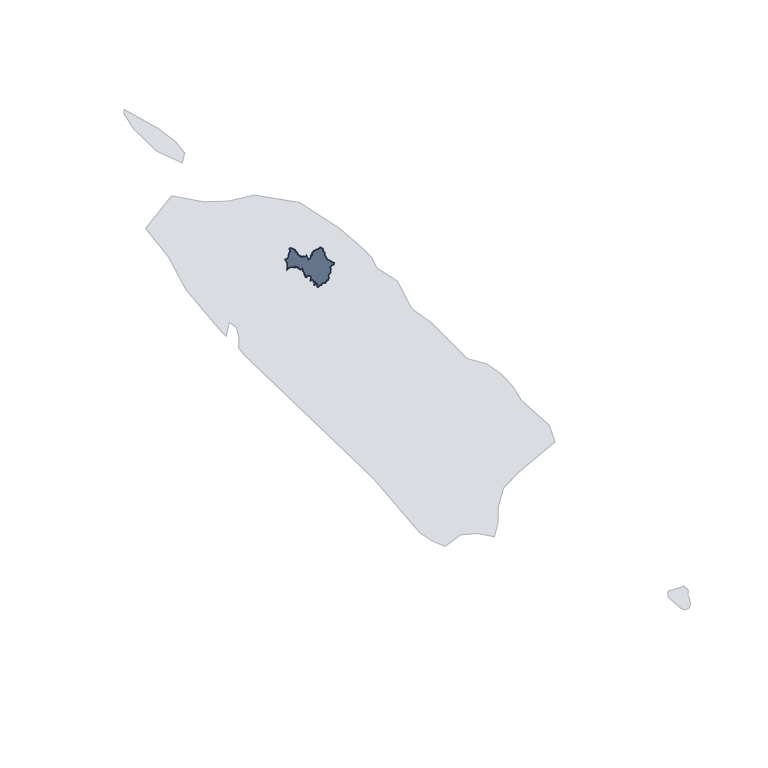 location of Cayey, Puerto Rico, rotated 222°
{"feature_id": "32010507B18263027351843", "entity_name": "Cayey", "entity_type": "district", "adm_level": 2, "iso_a3": "PRI", "parent_name": "Puerto Rico", "parent_adm1": "", "projection": "albers", "projection_center": [-66.141, 18.103], "detail": "fine", "context": "in_parent", "style": "filled", "palette": "slate", "viewbox_px": 768, "rotation_deg": 222, "n_neighbors": 0, "source": "geoboundaries", "source_scale": "gbopen_adm2", "svg_char_len": 4197}
<svg xmlns="http://www.w3.org/2000/svg" viewBox="0 0 768 768"><g transform="rotate(222 384 384)"><path d="M522.8,321.3L531.6,327.2L540.2,326.3L533.2,314.0L539.6,314.0L594.1,321.5L629.2,334.1L665.3,340.1L667.7,381.8L640.0,398.6L621.8,416.1L607.0,437.5L568.1,462.4L521.1,469.9L489.8,470.6L478.1,469.8L466.7,465.5L443.1,469.5L413.9,458.6L388.9,461.2L339.3,458.5L320.6,467.9L302.8,469.9L285.4,468.1L270.5,463.8L233.7,464.0L218.2,455.6L224.9,408.2L225.5,386.7L216.6,368.8L206.7,357.6L199.7,344.4L214.1,335.8L226.1,323.2L229.9,304.2L242.9,299.6L258.1,297.4L328.3,306.6L505.9,312.0L516.0,313.5L522.8,321.3ZM723.5,422.7L701.2,424.6L686.6,422.2L681.7,413.3L708.8,404.9L740.4,406.0L758.5,410.9L760.8,414.2L723.5,422.7ZM25.5,434.5L22.9,434.7L20.2,434.4L19.0,433.5L17.2,430.8L9.1,426.2L7.2,422.1L9.1,417.7L12.5,416.0L29.0,415.7L30.6,416.1L33.9,419.2L34.0,421.3L32.3,423.4L29.4,428.6L28.2,429.9L27.2,431.3L26.8,433.6L25.5,434.5Z" fill="#d9dde1" stroke="#a8b0b8" stroke-width="1"/><path d="M532.6,404.0L532.5,404.6L532.7,405.3L532.1,406.4L532.2,406.9L531.7,407.2L531.7,408.1L531.3,408.8L530.5,409.1L530.4,409.4L529.9,409.7L529.2,410.1L528.8,410.2L528.2,410.7L528.5,411.4L528.1,411.5L528.0,411.9L528.3,412.1L527.6,412.3L527.3,412.1L527.1,412.8L526.1,412.7L526.1,413.1L525.6,413.4L525.2,413.1L524.9,412.5L524.1,412.9L523.3,412.8L522.7,413.2L522.4,413.2L522.5,413.7L522.1,413.9L522.1,415.0L521.4,414.9L521.0,414.6L520.3,414.4L520.1,413.9L520.0,413.5L519.1,413.6L518.5,413.3L516.9,412.9L516.8,412.0L515.1,412.3L514.9,412.2L515.1,411.5L514.1,410.8L513.4,410.9L513.1,411.1L512.8,411.4L513.3,412.9L513.3,413.2L512.4,413.6L512.3,414.5L511.7,414.7L510.1,414.7L509.7,414.6L509.5,414.4L509.1,413.1L508.4,412.3L507.8,411.4L507.4,411.7L507.4,412.2L507.6,413.0L507.3,413.3L506.3,413.6L505.6,413.5L504.8,412.5L504.3,412.6L504.0,413.3L503.9,413.5L503.5,413.8L502.9,413.6L502.5,413.3L502.3,412.6L502.8,411.2L502.3,410.7L501.8,410.9L501.6,411.8L501.5,412.6L501.5,413.2L501.3,413.5L500.5,413.5L499.8,412.8L499.3,411.8L498.7,411.5L497.8,411.8L497.6,412.0L497.8,413.7L497.5,414.4L497.3,414.8L496.8,415.1L496.8,415.3L496.8,416.1L497.2,416.3L497.0,417.4L496.9,418.5L496.3,419.1L495.5,419.2L495.0,419.8L495.4,420.7L495.5,420.8L495.6,421.7L495.3,422.1L495.7,423.6L495.0,424.0L495.6,425.2L495.7,426.1L497.4,427.0L497.9,428.0L498.3,429.0L498.1,430.9L499.2,432.3L499.3,432.4L500.2,433.5L500.4,433.8L500.9,434.5L501.8,434.3L502.2,434.5L502.4,435.4L502.2,436.1L502.2,437.3L502.1,437.7L501.3,438.3L501.2,439.5L501.8,440.2L501.9,440.6L502.0,440.8L502.4,440.7L502.6,440.7L502.9,440.6L503.0,440.5L503.5,440.1L506.0,439.6L506.4,439.7L507.3,439.5L508.9,438.7L510.3,438.8L510.5,438.6L511.1,439.3L511.9,439.2L512.3,439.7L513.3,439.9L513.9,439.8L514.6,440.1L514.8,440.9L515.3,441.7L515.9,442.0L516.9,442.1L517.4,442.0L517.8,442.2L518.6,442.3L518.9,442.5L519.0,443.3L519.6,443.5L520.1,443.7L520.4,443.4L521.1,443.6L521.6,443.2L523.0,443.0L523.0,442.9L523.0,442.7L522.7,442.1L523.2,441.0L523.3,440.2L524.0,439.3L524.4,438.4L524.6,437.7L524.6,436.8L524.9,436.6L524.9,436.2L525.5,436.0L525.0,434.4L525.2,433.8L524.8,433.3L525.1,432.9L524.5,432.4L524.0,432.4L523.7,431.9L523.8,431.4L524.1,431.6L524.4,431.0L524.3,430.1L523.7,430.0L523.3,428.9L523.2,428.6L522.9,428.1L523.1,427.5L523.2,427.0L523.2,426.5L523.7,425.6L524.9,426.6L526.5,427.1L527.6,427.7L527.5,427.2L527.9,426.2L528.6,425.3L528.6,425.1L528.5,424.8L529.6,424.9L529.7,424.4L530.0,424.3L530.4,423.9L530.4,423.2L530.7,423.4L530.9,423.0L531.5,423.1L531.7,422.7L531.9,422.7L532.2,423.3L531.9,423.3L532.5,423.3L532.5,422.9L532.9,422.6L534.0,422.5L534.7,422.5L534.7,422.8L535.2,423.2L535.6,423.2L536.1,423.5L536.9,423.6L537.5,423.8L538.4,423.0L538.6,423.1L538.9,423.3L538.9,423.9L539.4,424.1L540.1,424.2L540.7,423.8L541.5,423.9L542.3,423.5L542.5,423.6L543.4,423.1L543.7,423.0L544.3,422.6L544.5,422.6L544.5,422.0L544.9,421.8L545.1,421.4L544.7,420.8L543.6,420.5L543.0,420.0L542.4,419.9L542.5,419.2L542.3,417.8L541.9,416.9L541.3,416.2L541.1,415.4L540.5,415.1L539.8,413.5L540.0,412.7L539.9,412.0L540.8,410.9L540.8,410.2L539.3,409.8L536.8,409.1L536.8,408.9L536.1,408.2L535.9,407.9L535.1,407.3L533.8,405.8L533.7,405.2L533.1,404.7L532.6,404.0Z" fill="#64748b" stroke="#1e293b" stroke-width="1.5"/></g></svg>